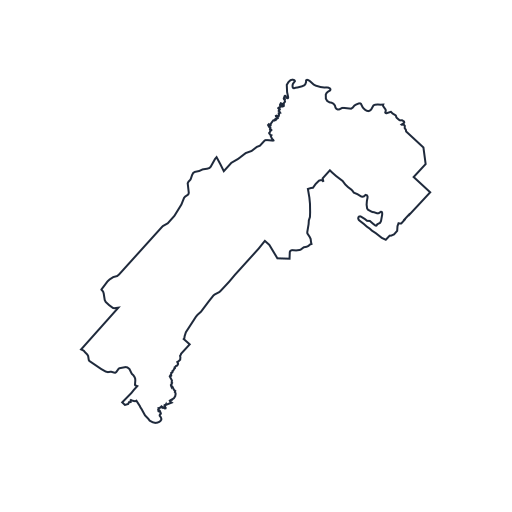 outline of Liverpool, New South Wales, Australia, rotated 303°
{"feature_id": "25037944B81685478885528", "entity_name": "Liverpool", "entity_type": "district", "adm_level": 2, "iso_a3": "AUS", "parent_name": "Australia", "parent_adm1": "New South Wales", "projection": "albers", "projection_center": [150.793, -33.953], "detail": "fine", "context": "isolated", "style": "outline", "palette": "slate", "viewbox_px": 512, "rotation_deg": 303, "n_neighbors": 0, "source": "geoboundaries", "source_scale": "gbopen_adm2", "svg_char_len": 6049}
<svg xmlns="http://www.w3.org/2000/svg" viewBox="0 0 512 512"><g transform="rotate(303 256 256)"><path d="M265.7,275.2L272.0,285.6L277.7,282.2L278.6,282.0L279.6,282.3L280.6,283.1L282.5,286.6L284.9,289.4L285.7,290.0L289.3,291.3L291.3,293.4L293.0,294.5L295.0,295.0L296.3,296.0L297.5,294.7L300.1,292.5L301.3,290.5L302.9,286.8L303.9,286.0L311.3,282.8L314.7,280.9L318.1,280.0L322.1,277.6L329.1,272.9L334.0,269.0L340.5,263.0L343.1,265.2L344.2,266.6L348.9,266.8L353.5,267.8L354.7,268.8L355.4,269.9L355.5,270.6L355.0,272.1L357.4,269.6L368.1,271.3L367.5,274.2L366.7,279.6L366.1,287.8L364.6,291.9L363.9,295.6L363.6,299.9L363.2,301.5L362.4,303.5L363.1,307.4L363.2,311.8L363.6,312.9L364.7,314.0L366.9,314.6L367.3,316.0L366.7,317.1L365.6,317.8L362.6,319.0L359.3,320.8L356.4,323.3L355.8,324.7L356.1,328.7L356.4,330.0L356.9,330.8L357.8,334.4L358.7,335.6L361.2,336.7L361.4,337.6L360.8,338.4L359.4,339.3L353.4,341.8L351.4,342.0L348.6,340.4L347.3,340.5L346.8,340.2L346.6,339.3L346.8,336.6L347.4,332.4L346.0,330.0L346.3,327.1L346.2,322.6L346.0,321.8L345.3,321.0L344.6,320.8L343.7,321.0L343.0,321.4L342.2,322.6L342.0,324.1L341.6,329.0L341.0,332.9L340.9,336.4L340.4,339.4L340.4,344.0L339.7,351.7L340.3,356.0L345.8,357.0L346.6,358.2L349.3,360.0L354.0,360.7L358.1,358.4L361.1,357.7L361.6,359.0L362.4,360.1L367.3,360.9L367.3,360.6L374.2,361.8L374.0,362.1L404.3,367.4L408.1,345.2L425.5,348.2L438.2,337.3L442.2,314.1L443.5,312.9L444.2,311.1L446.2,309.9L446.6,308.7L446.2,307.6L445.5,306.9L445.5,306.5L448.0,307.6L448.7,307.6L449.4,306.9L449.4,304.6L448.2,302.9L448.1,302.0L448.5,298.9L448.8,298.1L449.6,297.3L450.0,296.5L449.9,292.9L450.4,290.6L446.7,287.6L446.5,286.8L446.8,286.2L448.4,285.8L449.4,284.9L450.9,281.1L451.5,280.4L452.3,280.2L450.8,278.2L449.4,275.6L447.8,273.6L447.0,272.9L446.1,272.5L441.6,272.8L440.2,272.4L438.9,271.6L438.2,270.1L438.0,268.2L438.4,265.7L438.9,264.3L440.8,261.1L440.7,260.1L439.9,259.1L437.6,257.5L435.8,256.6L433.1,256.3L431.3,255.5L428.2,249.3L427.1,247.6L424.3,246.0L423.4,244.8L423.2,243.4L423.7,241.9L425.2,240.2L425.9,238.0L425.7,235.8L424.9,234.0L424.8,231.3L426.0,228.9L429.4,226.6L431.1,226.4L432.8,226.8L435.3,228.0L436.4,227.6L436.8,226.7L436.6,224.9L435.7,223.2L434.6,221.7L432.9,218.2L431.4,213.3L431.2,211.0L432.0,206.0L432.0,204.2L431.6,202.9L430.9,202.4L430.5,202.4L429.1,203.3L428.1,203.5L426.8,203.8L425.4,203.5L423.4,202.2L420.0,199.1L418.8,197.7L417.4,196.5L417.1,195.8L417.7,194.6L419.2,193.6L420.6,193.2L423.8,193.4L424.2,192.9L424.3,192.1L423.8,190.6L422.3,189.2L419.6,188.5L416.3,188.6L410.4,192.8L406.7,196.5L406.0,196.8L405.6,196.7L405.3,196.1L405.4,195.2L406.3,193.5L406.2,193.1L405.8,192.9L403.2,193.5L402.9,193.9L403.3,194.6L403.2,194.9L402.0,195.4L401.2,196.3L399.7,196.1L398.9,196.3L397.0,197.6L395.9,197.0L395.2,195.8L395.6,195.6L398.0,196.0L398.1,195.8L397.6,193.6L395.8,193.8L394.3,195.2L392.7,194.2L392.1,194.1L392.0,194.3L392.2,195.3L392.1,196.1L391.7,196.2L390.9,195.8L390.0,196.0L389.8,197.2L389.3,198.3L388.1,197.3L387.6,197.6L387.1,198.4L385.4,198.9L384.8,198.4L385.1,197.7L385.0,196.9L384.3,196.4L383.9,196.8L384.0,198.5L383.5,199.2L382.2,198.5L381.3,198.6L380.8,198.3L381.6,198.1L381.5,197.6L380.7,197.6L380.3,198.0L379.7,197.1L379.1,196.6L375.8,196.4L374.2,196.6L373.8,196.9L373.5,196.4L373.6,195.0L372.4,194.8L371.4,196.7L371.9,197.4L371.8,197.9L371.2,198.4L370.0,198.5L369.5,199.1L369.6,199.4L370.2,199.3L370.0,200.3L368.2,200.0L367.1,200.2L366.4,200.0L366.1,200.2L365.4,202.1L365.6,203.1L364.8,203.0L364.5,203.2L363.1,205.5L362.8,206.4L362.8,207.1L362.4,207.7L362.0,207.4L359.5,202.6L358.2,200.7L357.1,200.3L350.6,199.2L348.0,197.3L341.7,195.1L336.7,191.3L327.9,188.2L320.8,184.6L309.6,182.8L313.4,176.4L317.4,169.1L315.1,168.8L306.2,169.4L304.4,169.0L302.7,167.6L299.6,164.1L296.4,162.1L293.2,158.9L291.5,158.1L289.1,158.3L285.2,159.3L284.1,159.4L281.6,158.9L279.8,159.1L272.4,165.2L271.2,165.6L270.2,165.5L267.2,164.2L265.6,164.0L258.5,165.4L245.2,165.7L235.4,164.2L230.4,161.6L229.0,161.3L165.9,151.2L163.6,150.5L160.6,147.8L156.6,146.0L153.8,145.3L143.7,144.6L143.5,144.9L143.1,146.5L142.7,147.4L141.6,148.7L136.7,153.1L135.6,155.0L134.8,159.5L134.5,164.3L135.0,165.6L137.7,168.7L82.4,160.2L82.7,162.2L82.7,163.4L82.2,164.9L81.5,168.1L80.7,169.7L77.7,172.4L77.2,173.4L76.9,187.7L77.2,192.8L77.9,195.0L80.0,197.4L81.0,200.7L81.4,201.5L82.5,202.0L86.5,202.2L87.4,202.5L91.8,207.1L92.5,208.8L92.3,211.4L90.0,215.2L89.5,216.2L89.2,218.1L88.3,220.1L87.4,221.4L86.0,222.5L82.0,224.7L81.8,225.1L82.2,227.3L77.3,226.5L73.2,226.1L60.4,223.5L59.7,227.2L62.3,229.4L64.2,229.1L65.2,230.4L66.8,229.4L67.1,229.5L67.2,230.6L68.0,233.0L68.7,234.1L69.5,234.5L66.9,240.3L66.1,241.5L65.3,243.4L61.9,249.7L60.8,254.4L60.0,256.5L60.3,259.9L61.2,262.5L62.5,264.0L64.2,265.2L65.6,265.7L67.2,265.7L68.2,265.0L69.1,263.6L69.6,262.2L70.1,261.9L70.9,261.7L71.9,262.1L72.3,261.8L73.1,260.6L72.8,259.3L73.8,259.3L73.7,258.6L73.3,258.2L73.9,257.6L74.9,257.7L75.3,257.1L77.0,258.6L77.2,258.3L77.5,258.4L78.0,259.1L78.4,258.9L78.4,259.9L78.0,259.9L77.8,260.4L78.5,261.6L78.5,262.6L79.0,263.1L79.5,262.9L79.7,262.2L79.7,261.7L80.6,261.5L80.6,260.8L81.1,260.6L81.3,261.4L82.5,261.3L82.2,261.6L87.1,265.1L87.2,263.5L87.7,262.5L88.7,262.9L89.0,263.3L89.6,263.4L89.8,263.9L90.4,263.9L92.0,264.6L94.4,264.6L96.6,263.7L97.5,262.7L97.7,262.0L98.3,261.8L98.8,261.8L99.1,260.0L100.9,257.0L101.0,256.1L100.3,256.3L100.7,255.7L101.4,254.9L102.9,255.0L103.3,254.6L103.9,254.7L104.1,254.1L105.8,253.3L107.7,249.9L108.1,249.2L108.9,249.2L109.0,249.5L108.9,249.9L109.4,250.1L109.8,249.9L110.3,249.1L111.5,249.0L111.8,248.6L113.0,249.2L114.0,248.6L114.8,249.0L117.0,248.8L117.6,249.1L118.3,248.4L118.9,248.7L120.2,248.8L121.0,249.5L122.5,249.6L123.5,249.1L123.8,248.2L124.3,247.7L125.3,248.3L127.7,248.9L129.8,247.8L130.9,246.7L132.4,246.7L133.2,246.4L145.8,248.5L147.0,240.6L148.0,240.7L149.9,239.8L153.9,238.7L172.4,238.7L174.9,239.0L179.3,240.2L192.3,241.1L199.7,241.8L201.2,242.3L205.8,244.9L207.4,245.3L219.9,247.5L228.9,248.6L263.6,254.2L273.5,255.2L272.6,261.1L265.7,275.2Z" fill="none" stroke="#1e293b" stroke-width="2"/></g></svg>